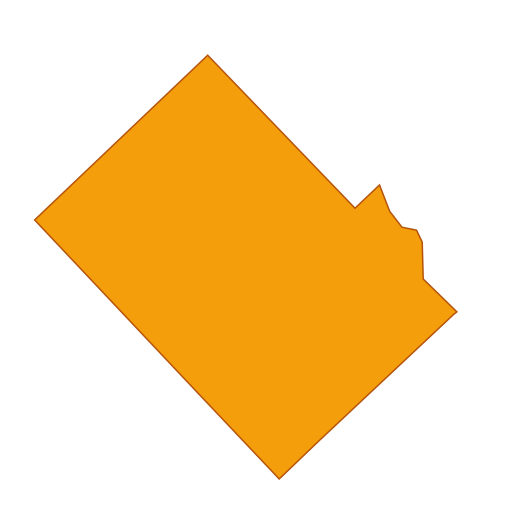 Putnam, Indiana, United States of America, rotated 316°
{"feature_id": "52423323B73870752554763", "entity_name": "Putnam", "entity_type": "district", "adm_level": 2, "iso_a3": "USA", "parent_name": "United States of America", "parent_adm1": "Indiana", "projection": "robinson", "projection_center": [-86.774, 39.668], "detail": "fine", "context": "isolated", "style": "filled", "palette": "amber", "viewbox_px": 512, "rotation_deg": 316, "n_neighbors": 0, "source": "geoboundaries", "source_scale": "gbopen_adm2", "svg_char_len": 360}
<svg xmlns="http://www.w3.org/2000/svg" viewBox="0 0 512 512"><g transform="rotate(316 256 256)"><path d="M119.0,313.6L117.8,432.5L173.1,432.7L357.3,435.3L361.7,435.7L360.3,388.7L385.2,361.5L389.4,348.9L381.0,336.8L383.2,316.7L394.2,290.7L360.4,290.4L360.7,78.0L354.6,78.0L121.8,76.3L119.0,313.6Z" fill="#f59e0b" stroke="#b45309" stroke-width="1.5"/></g></svg>